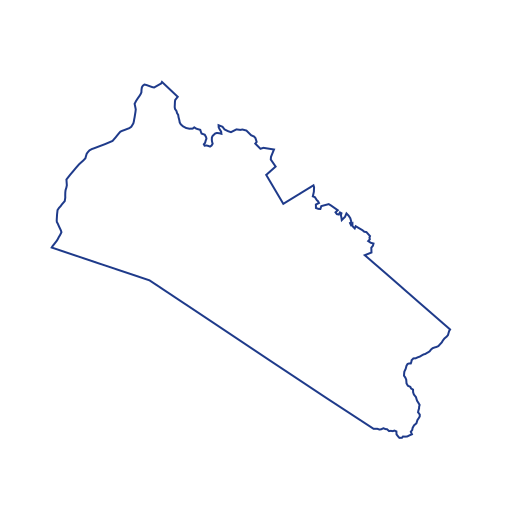 Porto Acre, Acre, Brazil, rotated 189°
{"feature_id": "56859067B95321771565302", "entity_name": "Porto Acre", "entity_type": "district", "adm_level": 2, "iso_a3": "BRA", "parent_name": "Brazil", "parent_adm1": "Acre", "projection": "mercator", "projection_center": [-67.713, -9.636], "detail": "fine", "context": "isolated", "style": "outline", "palette": "blue", "viewbox_px": 512, "rotation_deg": 189, "n_neighbors": 0, "source": "geoboundaries", "source_scale": "gbopen_adm2", "svg_char_len": 3709}
<svg xmlns="http://www.w3.org/2000/svg" viewBox="0 0 512 512"><g transform="rotate(189 256 256)"><path d="M209.2,323.8L208.9,328.5L209.4,333.0L210.3,334.8L237.2,311.8L258.6,337.7L250.6,347.4L256.5,353.6L256.7,356.3L254.9,364.0L265.6,364.0L268.4,362.6L274.3,366.9L273.2,368.8L275.0,372.4L276.6,373.7L279.7,374.5L285.1,378.4L289.2,378.8L291.2,378.1L295.1,378.0L300.1,374.4L303.1,374.9L306.9,376.1L309.3,378.4L313.4,379.3L313.0,377.3L311.7,375.4L309.9,373.4L309.3,371.3L311.4,371.5L313.9,371.4L315.5,370.6L317.6,367.9L318.1,366.2L317.8,363.7L317.3,362.1L316.4,360.1L317.2,358.1L318.5,356.9L320.6,357.3L322.5,357.4L324.0,356.9L325.0,358.2L324.0,359.8L323.7,362.4L323.3,364.1L323.9,365.6L325.6,367.8L328.9,368.4L329.9,370.1L330.8,371.9L333.4,372.2L335.1,372.5L337.1,373.4L338.5,371.9L341.7,371.3L345.1,371.5L348.5,372.7L350.9,374.3L352.2,375.9L353.0,378.2L354.2,380.9L355.0,383.3L356.3,384.7L357.2,386.7L359.0,388.6L359.6,390.4L359.9,393.1L360.2,395.7L360.2,397.5L358.2,401.0L376.1,413.2L376.6,411.6L383.0,406.5L385.0,406.6L387.1,407.0L389.2,407.4L390.7,407.7L393.0,407.9L394.4,406.5L395.1,404.8L395.1,402.4L394.8,399.7L395.3,397.8L396.2,395.7L397.4,393.3L398.7,390.4L399.7,387.3L398.7,384.7L397.7,382.0L397.6,379.4L397.6,377.2L397.6,375.6L397.6,374.0L397.7,371.7L397.7,369.8L397.9,367.8L398.5,366.3L399.4,364.1L401.2,362.4L403.0,361.4L404.7,360.4L406.1,359.6L407.6,358.8L409.4,357.6L410.5,355.9L411.5,354.2L412.3,352.8L413.2,351.2L414.4,349.3L415.7,347.2L422.4,343.0L432.9,337.0L434.8,336.0L437.0,334.3L438.3,332.3L439.2,330.6L439.5,328.5L439.8,325.8L441.6,323.2L443.5,320.9L445.1,318.9L447.8,314.6L449.4,311.9L452.2,307.3L455.2,301.9L453.9,296.3L454.0,293.9L454.4,291.3L454.3,289.0L453.9,286.0L453.5,283.7L453.5,280.3L454.8,278.2L455.8,276.6L456.8,274.6L458.1,272.7L459.2,270.3L459.1,268.2L459.0,265.9L458.8,263.9L458.6,261.8L458.4,259.9L458.0,258.4L456.8,256.9L455.8,255.3L454.6,253.5L453.7,252.2L452.7,250.7L451.9,249.1L452.3,247.6L452.9,245.8L453.7,243.9L454.4,241.7L455.2,239.8L457.3,236.0L458.4,234.1L459.1,232.4L410.7,224.2L357.4,215.3L286.2,182.7L225.4,154.7L203.5,144.7L190.8,138.9L168.3,128.6L163.9,126.6L112.8,103.7L111.1,104.0L109.1,104.3L106.9,103.9L105.3,104.4L103.2,105.8L101.1,105.3L99.5,105.4L97.2,103.9L95.5,104.4L93.5,104.4L92.0,105.2L89.9,104.7L89.3,101.8L87.4,100.0L85.9,98.8L83.4,99.3L82.6,100.7L80.5,100.9L78.4,101.4L76.0,103.1L74.1,104.3L75.6,106.6L74.5,108.6L74.4,110.8L73.4,113.5L71.4,115.8L70.9,119.2L69.9,121.3L69.2,123.1L69.4,124.9L70.4,126.0L71.5,127.0L71.4,129.1L71.1,130.9L71.3,132.5L71.1,134.5L73.0,136.8L74.1,138.0L74.9,139.4L75.9,141.6L78.4,143.9L79.5,146.0L80.0,148.6L82.1,149.4L83.1,150.9L85.7,151.6L87.4,153.7L88.3,157.4L89.5,159.3L91.1,160.9L91.3,163.0L91.4,165.0L90.5,168.0L90.2,171.1L89.4,173.1L88.0,173.8L86.3,174.1L86.0,175.8L86.0,177.4L84.5,179.5L82.4,179.9L80.3,181.3L78.4,182.3L76.9,183.6L75.1,185.0L73.5,185.7L72.0,187.0L70.8,187.9L69.6,189.0L68.5,191.0L67.1,192.6L65.1,193.7L63.7,194.3L61.8,195.5L60.3,197.8L59.0,199.7L58.2,201.8L57.0,204.0L55.0,206.3L54.0,208.0L53.8,209.9L53.5,212.1L52.8,213.8L89.9,237.0L94.0,239.6L101.5,244.3L104.2,246.0L114.5,252.5L119.9,255.9L148.7,273.8L142.5,277.5L143.4,282.2L142.1,284.5L141.9,286.7L144.7,287.0L147.5,288.3L146.2,290.3L146.8,292.0L146.5,293.5L150.7,296.9L152.9,296.9L154.8,298.1L162.2,301.0L162.8,298.7L165.4,300.6L165.8,302.9L167.0,301.4L168.3,303.3L167.1,304.5L168.8,308.1L170.8,310.3L173.3,312.2L174.2,308.6L176.9,304.9L177.6,307.2L178.5,309.5L178.3,311.6L179.9,312.2L180.7,309.9L182.7,310.0L184.3,311.6L182.4,314.0L190.2,317.8L192.3,318.6L199.3,315.5L199.8,312.5L201.8,312.3L204.3,312.8L204.9,316.2L202.1,318.2L203.3,319.8L204.6,320.6L207.0,323.3L209.2,323.8Z" fill="none" stroke="#1e3a8a" stroke-width="2"/></g></svg>